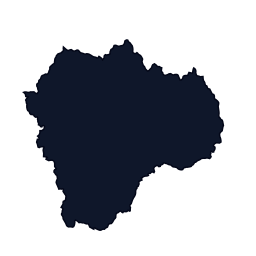 outline of Bannach, Pará, Brazil, rotated 167°
{"feature_id": "56859067B96569332743407", "entity_name": "Bannach", "entity_type": "district", "adm_level": 2, "iso_a3": "BRA", "parent_name": "Brazil", "parent_adm1": "Pará", "projection": "robinson", "projection_center": [-50.626, -7.48], "detail": "fine", "context": "isolated", "style": "filled", "palette": "ink", "viewbox_px": 256, "rotation_deg": 167, "n_neighbors": 0, "source": "geoboundaries", "source_scale": "gbopen_adm2", "svg_char_len": 5805}
<svg xmlns="http://www.w3.org/2000/svg" viewBox="0 0 256 256"><g transform="rotate(167 128 128)"><path d="M173.6,34.7L172.4,35.7L171.6,35.7L170.3,36.1L168.9,38.2L167.7,38.9L165.7,38.7L164.3,39.7L162.0,42.2L160.9,42.8L160.1,43.6L159.6,45.5L159.1,46.7L158.4,47.6L157.0,47.7L154.7,48.8L153.7,48.7L153.0,47.5L152.1,46.7L151.0,47.7L149.9,47.2L148.6,46.9L147.8,46.9L146.4,47.8L145.3,46.7L144.5,46.8L144.0,48.7L143.5,50.1L143.9,51.3L143.5,52.5L141.9,53.6L140.0,56.7L138.4,58.7L137.4,59.6L136.6,60.5L135.8,61.6L135.2,63.0L134.8,64.7L134.1,66.3L132.9,67.2L132.7,68.3L131.0,69.1L130.5,70.1L129.9,70.8L129.5,73.5L128.2,73.7L127.0,74.1L126.2,74.1L126.2,76.5L125.3,76.4L124.6,76.9L123.4,77.2L122.1,77.3L120.2,77.0L118.8,77.2L119.1,78.5L118.2,79.0L116.6,78.8L115.0,79.8L113.9,79.6L112.8,78.7L112.0,79.6L112.1,81.3L112.1,82.9L111.4,83.8L110.6,84.4L108.2,85.1L107.2,84.3L106.6,83.4L105.2,83.4L104.7,84.4L102.3,84.9L101.5,85.8L100.3,85.8L99.5,85.1L98.7,84.9L96.2,83.0L95.2,82.7L94.3,82.0L93.7,81.0L92.8,80.0L91.8,79.7L89.6,78.7L88.9,77.9L88.4,77.0L87.5,76.2L86.4,75.6L85.2,75.2L84.1,75.2L83.2,76.1L82.0,76.8L81.1,76.6L80.2,76.8L79.1,76.5L76.3,76.3L75.1,76.4L74.0,77.3L72.8,77.6L71.7,78.6L70.9,79.5L69.6,79.5L68.4,80.2L67.3,80.6L65.9,80.8L64.8,81.1L63.2,81.8L60.9,81.5L59.7,81.1L58.9,81.3L56.9,80.8L55.3,79.9L54.2,80.6L53.5,81.4L53.9,83.3L53.1,84.4L52.9,86.0L52.2,86.8L51.0,85.5L49.9,85.4L49.5,86.4L48.5,87.3L47.9,88.4L47.6,89.8L48.6,90.9L48.6,91.8L47.9,92.7L46.4,93.5L45.0,93.7L42.2,92.8L40.6,93.4L40.3,94.9L40.2,97.0L40.5,99.3L40.1,101.8L38.6,103.2L36.9,104.1L35.2,108.0L34.5,108.8L34.3,113.3L34.6,114.6L35.7,115.6L36.0,116.9L36.9,118.5L36.7,120.1L36.1,121.6L35.8,123.2L35.3,128.8L34.2,131.2L34.0,132.5L34.7,134.1L36.0,135.9L36.8,136.5L37.1,137.9L36.7,139.5L36.7,140.5L37.0,141.4L38.2,142.0L38.7,143.6L39.6,147.5L41.4,148.5L41.8,151.3L42.8,152.0L43.1,153.2L43.0,154.7L43.3,156.0L43.8,157.1L43.8,158.8L43.4,161.3L44.7,161.5L45.8,161.5L47.5,162.7L48.6,163.0L49.5,164.2L49.6,166.6L49.1,168.2L49.1,169.5L49.5,170.6L50.4,171.7L51.2,170.7L52.4,167.9L53.2,166.9L54.8,167.8L56.1,168.4L58.0,165.8L58.8,165.9L60.1,166.2L61.4,166.3L62.6,165.8L63.6,163.9L64.6,163.2L65.7,162.8L66.6,163.2L66.7,164.8L67.1,165.9L67.2,167.5L67.6,168.6L68.4,169.2L70.5,169.6L71.8,169.4L72.8,169.9L73.7,170.9L74.4,171.4L76.0,171.5L77.2,171.1L78.8,170.9L79.9,170.9L81.1,171.5L81.8,172.7L81.8,174.2L82.5,175.2L82.6,176.5L82.1,177.8L81.6,179.1L82.7,179.7L83.5,180.7L85.1,181.1L85.8,181.8L86.4,183.0L87.8,184.6L89.7,184.0L90.5,183.1L91.5,181.4L93.9,179.9L94.5,179.3L95.4,179.1L96.3,179.2L97.7,181.6L98.2,184.3L99.0,185.2L99.4,188.1L99.4,189.8L98.8,190.8L98.3,191.9L98.7,193.7L99.5,195.8L100.8,197.0L101.4,197.7L101.8,198.7L102.4,199.4L103.2,198.9L104.1,198.9L105.1,199.2L106.1,200.0L106.2,201.6L105.7,203.1L105.4,204.9L105.4,207.0L107.0,210.7L108.1,211.8L108.5,213.7L109.6,214.1L111.2,213.7L111.9,212.5L112.2,211.6L113.1,210.5L114.0,209.8L114.8,209.6L116.7,209.7L117.8,209.6L119.1,209.8L120.0,210.4L120.9,211.1L121.9,211.5L123.0,211.5L124.1,209.8L125.0,208.9L126.9,208.3L128.3,206.2L128.9,204.3L129.7,203.9L132.4,203.9L133.4,204.5L134.6,204.0L135.1,203.2L135.3,202.1L136.5,200.7L137.4,200.1L137.9,201.6L139.5,203.6L140.2,204.3L141.5,203.1L142.4,203.1L143.1,203.9L144.4,204.6L145.4,205.0L146.4,205.8L147.3,206.8L149.5,208.8L150.9,209.4L152.1,209.7L153.1,209.4L155.1,210.8L156.8,211.7L157.6,212.3L158.3,213.8L159.2,215.1L160.2,215.4L162.4,214.9L164.0,215.3L165.6,217.1L166.7,217.2L168.7,216.9L169.6,217.4L170.4,218.2L172.7,221.4L173.2,219.9L173.2,219.0L173.5,218.1L174.3,217.3L175.3,216.9L176.0,216.3L179.6,215.9L181.5,214.5L182.1,213.4L183.4,212.2L184.0,210.9L185.2,207.5L187.3,206.8L188.4,206.0L189.8,205.4L190.5,204.7L190.9,202.8L192.2,201.2L192.7,200.1L193.7,199.0L195.1,198.3L195.8,199.1L197.1,198.9L198.4,198.5L199.8,198.4L200.7,197.8L202.3,195.3L204.1,194.4L204.8,192.5L205.6,191.8L206.5,191.6L207.1,190.8L207.4,189.3L207.0,188.1L207.1,185.8L206.8,183.9L208.6,182.0L210.3,182.6L211.2,184.1L212.1,184.5L213.5,184.7L214.9,185.1L216.1,184.9L217.6,185.2L219.0,185.9L220.4,186.3L221.7,186.2L220.5,184.6L220.4,182.8L220.5,181.7L218.4,180.7L219.9,179.7L221.4,178.3L221.2,176.8L221.4,175.1L221.0,174.1L221.5,172.8L221.9,171.0L222.0,169.1L221.7,167.5L220.7,166.6L220.5,165.6L220.3,164.1L219.4,162.9L218.3,162.8L216.8,161.6L216.6,160.4L215.5,159.3L214.0,159.2L213.7,158.1L214.2,157.0L214.1,155.9L214.4,154.3L214.0,152.9L214.5,151.2L213.6,150.8L212.6,148.8L211.7,148.5L211.0,149.5L210.0,149.6L209.0,148.4L210.0,146.0L210.9,145.5L212.5,144.8L214.4,145.2L214.9,143.1L216.1,141.3L217.9,140.4L217.2,139.3L216.9,137.7L217.6,136.9L218.8,137.4L220.2,134.8L219.9,132.6L219.9,129.6L218.9,128.9L217.0,129.4L216.0,129.0L214.7,128.9L214.1,128.2L214.6,127.4L215.2,126.6L215.7,125.2L215.8,122.3L216.7,119.1L215.6,118.8L214.8,118.3L213.9,118.3L213.3,117.4L214.3,116.8L214.9,116.0L212.6,114.1L210.3,114.0L208.9,113.6L208.1,112.9L207.5,112.1L207.4,110.1L208.1,106.9L207.0,104.4L208.9,103.8L209.7,102.9L210.0,101.6L209.5,100.8L208.8,98.7L207.9,97.9L208.0,95.8L208.0,94.7L209.7,92.3L210.2,91.1L210.1,89.8L209.7,87.9L209.2,84.9L209.1,84.0L208.2,84.0L207.2,83.8L206.4,83.4L205.4,83.5L204.7,82.8L205.5,80.8L204.4,77.7L203.9,76.7L203.7,75.6L204.5,73.3L205.4,71.5L207.5,71.1L208.0,70.2L208.1,69.2L208.7,68.1L210.3,66.5L211.0,65.6L210.2,65.1L209.6,64.0L209.9,63.2L210.6,62.2L211.2,60.3L212.0,59.4L212.2,58.4L211.5,56.6L211.4,55.4L211.6,54.1L210.1,49.3L209.7,46.8L209.2,45.9L208.3,45.1L205.9,44.6L204.3,43.9L203.3,44.1L202.6,44.8L201.9,45.9L201.0,48.1L200.9,49.3L199.9,50.1L198.2,48.7L197.0,46.8L196.1,46.8L195.0,46.5L193.7,45.8L192.0,45.4L191.3,44.7L190.2,44.0L188.2,43.5L187.9,42.3L187.5,40.0L186.1,38.9L184.9,37.7L184.1,37.1L183.8,38.1L182.8,38.3L182.2,37.4L179.4,35.3L178.3,34.7L177.2,34.6L176.1,35.0L174.8,35.0L173.6,34.7Z" fill="#0f172a" stroke="#020617" stroke-width="1.5"/></g></svg>